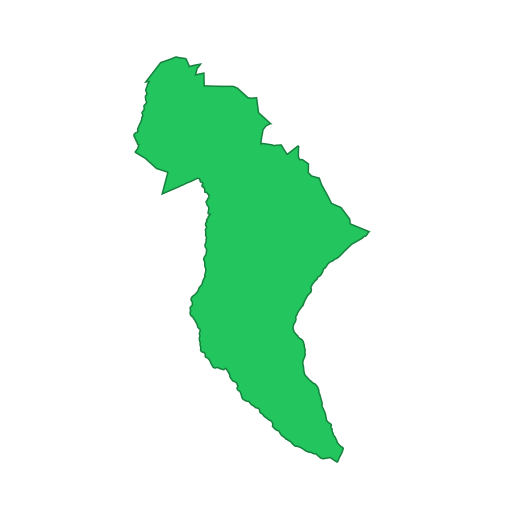 the district of Bulilima, Matabeleland South, Zimbabwe, rotated 228°
{"feature_id": "62879985B39326733261715", "entity_name": "Bulilima", "entity_type": "district", "adm_level": 2, "iso_a3": "ZWE", "parent_name": "Zimbabwe", "parent_adm1": "Matabeleland South", "projection": "robinson", "projection_center": [27.403, -20.155], "detail": "fine", "context": "isolated", "style": "filled", "palette": "green", "viewbox_px": 512, "rotation_deg": 228, "n_neighbors": 0, "source": "geoboundaries", "source_scale": "gbopen_adm2", "svg_char_len": 6102}
<svg xmlns="http://www.w3.org/2000/svg" viewBox="0 0 512 512"><g transform="rotate(228 256 256)"><path d="M413.4,235.8L402.6,239.1L387.7,240.6L377.3,246.5L376.6,245.7L364.9,227.8L358.7,246.2L358.6,247.2L358.1,248.2L356.3,254.1L355.0,257.5L352.9,264.6L351.2,265.8L350.2,265.1L349.4,265.2L348.6,264.4L347.5,264.6L346.4,265.3L345.6,265.3L345.3,264.9L344.7,263.2L343.7,262.5L343.3,262.6L342.9,263.3L342.7,263.4L341.9,262.7L341.2,263.0L340.6,262.9L339.3,262.1L338.7,261.4L337.7,260.7L337.2,260.9L336.5,261.7L335.9,262.0L334.2,261.6L332.9,261.9L332.4,261.2L331.4,260.8L331.2,260.4L330.8,258.4L330.0,256.8L329.9,255.7L329.5,254.9L327.1,254.2L326.4,253.6L325.6,253.8L324.6,253.7L323.1,252.9L322.5,252.3L320.3,249.4L319.7,248.8L319.3,248.9L318.6,249.5L317.7,250.0L317.5,249.4L317.5,248.2L317.3,247.7L317.3,247.1L317.0,246.5L316.3,245.8L316.2,244.5L316.0,243.8L315.7,243.5L315.7,243.3L314.5,242.7L314.4,242.3L314.5,241.5L313.7,240.1L313.1,239.5L312.1,238.8L311.3,239.1L310.8,239.0L309.9,237.7L309.6,236.4L309.4,235.9L307.5,234.8L305.1,232.4L303.2,231.8L302.6,231.4L301.6,229.8L300.0,228.6L298.4,225.4L296.7,224.3L294.6,224.0L293.0,222.9L292.2,221.7L291.3,220.9L290.6,219.9L289.7,216.6L288.6,214.9L288.1,214.6L286.0,213.9L285.1,213.3L282.9,211.3L279.8,209.9L278.7,208.9L277.7,207.6L275.9,204.9L275.6,204.6L274.8,204.5L273.9,201.7L272.5,199.0L271.1,197.0L270.9,196.1L270.6,193.2L270.4,192.4L268.6,189.0L268.6,187.8L268.2,186.1L268.3,183.2L268.5,182.1L268.2,180.1L267.4,178.9L266.7,178.2L265.0,178.0L264.2,177.7L262.2,175.8L261.9,175.1L262.0,173.2L261.6,172.4L259.1,170.7L258.3,169.4L256.9,168.3L256.2,167.9L255.0,167.8L253.6,168.0L253.1,168.3L252.6,168.2L252.1,168.1L251.8,167.9L249.0,167.5L245.8,166.8L243.9,166.1L241.9,165.1L239.9,165.1L238.6,165.3L238.1,164.9L236.2,161.9L235.6,161.5L234.4,161.1L233.9,160.5L233.3,159.4L232.2,158.3L230.8,157.3L228.7,156.5L228.0,155.5L226.8,154.6L225.7,154.3L224.8,153.4L224.1,153.0L223.3,151.9L222.5,151.5L220.7,151.7L218.7,153.0L216.9,152.6L215.3,151.0L214.4,150.9L212.7,151.7L210.6,151.9L207.6,151.3L206.2,150.6L203.6,150.1L202.3,149.7L200.6,150.2L200.2,150.5L199.2,152.5L198.2,153.2L196.2,153.9L194.6,155.1L193.6,155.4L193.1,156.1L192.9,157.8L192.6,158.5L192.0,158.5L190.2,158.0L188.3,157.9L188.3,157.7L186.0,157.2L183.4,155.7L180.6,155.2L178.2,155.3L176.5,156.3L173.9,156.7L173.7,156.6L173.1,155.9L172.1,155.8L171.2,155.4L170.6,153.5L169.4,152.9L168.1,152.8L166.4,153.4L165.0,153.1L163.5,152.6L161.4,151.4L159.2,150.5L158.0,150.6L156.1,151.1L154.0,152.2L152.6,153.2L152.0,153.4L149.8,153.1L148.5,153.2L144.5,154.2L143.6,154.2L140.9,156.0L140.5,156.0L139.5,155.6L136.9,154.3L136.3,154.3L135.5,154.7L134.0,155.1L132.1,154.8L130.4,155.0L128.6,155.4L124.9,156.1L123.4,156.9L121.8,156.8L119.9,156.0L119.5,155.7L118.9,154.7L118.2,154.2L116.7,154.4L115.5,154.2L112.5,154.8L110.9,155.9L108.7,155.5L107.9,155.2L105.3,155.0L102.7,155.6L101.4,155.8L100.1,155.7L99.4,156.1L98.9,156.6L98.0,156.4L94.9,157.5L93.6,157.6L92.7,157.4L92.0,157.4L89.0,157.7L87.9,158.3L86.8,159.5L85.1,160.3L83.7,161.1L77.5,162.7L74.9,164.0L73.4,165.4L70.6,166.5L68.8,168.1L62.5,168.9L61.8,169.6L60.6,169.9L56.5,176.3L48.8,178.2L48.5,179.0L48.7,179.6L50.3,182.6L52.0,187.4L53.1,189.6L54.6,192.1L54.8,192.2L56.0,192.2L57.3,191.7L59.7,191.5L61.6,191.5L63.3,191.7L65.0,192.6L66.6,192.9L67.1,193.2L68.5,193.6L69.6,193.7L70.6,193.7L71.3,193.8L72.5,194.6L74.0,195.0L75.4,195.6L76.1,196.6L76.5,196.8L78.3,196.8L78.8,197.1L79.7,198.7L80.4,199.2L82.4,198.9L83.5,198.4L86.7,198.5L91.8,201.7L93.6,202.5L98.2,204.0L99.8,204.3L100.5,204.8L102.3,206.6L103.1,207.1L111.0,211.0L111.9,211.2L113.1,211.9L114.1,212.8L117.1,214.0L118.7,214.1L119.3,214.3L120.5,214.2L121.4,214.3L123.0,213.5L124.1,213.3L127.1,213.0L128.5,212.6L130.0,212.8L131.2,212.7L132.3,212.8L134.8,212.8L136.2,213.3L138.9,214.9L142.5,217.6L144.5,218.6L146.6,220.7L148.8,225.2L149.7,226.5L151.8,228.0L153.3,229.7L155.7,230.9L157.5,232.2L160.7,233.8L162.0,234.1L163.6,234.1L166.0,233.2L167.4,233.2L169.2,233.6L170.5,233.4L173.7,233.5L174.9,233.9L177.1,234.9L178.8,236.4L180.1,238.8L181.1,241.8L182.6,243.8L184.2,244.6L184.5,245.1L184.6,246.4L185.7,248.5L187.0,252.3L187.9,258.2L188.4,259.0L188.6,259.0L188.8,259.7L189.3,260.5L190.7,263.7L192.1,267.9L192.1,268.7L192.3,269.7L192.4,272.6L192.8,273.2L194.1,274.9L194.6,275.1L195.3,275.1L195.7,275.3L196.7,277.7L197.2,278.3L197.3,279.6L198.1,283.5L197.9,283.7L197.9,285.7L198.7,287.3L198.9,287.8L198.9,288.2L198.4,289.9L198.5,291.5L199.3,294.2L200.0,295.6L200.7,296.6L201.2,297.5L200.8,299.4L200.9,299.9L202.0,303.9L202.1,306.2L201.6,308.4L201.0,309.8L200.9,310.9L201.0,312.2L200.2,314.3L200.0,315.3L199.9,318.0L200.4,325.0L200.7,335.0L198.2,346.5L198.2,349.4L197.6,350.4L197.4,351.4L197.8,353.6L198.3,354.8L198.3,356.4L216.9,347.5L220.6,350.3L235.0,351.6L244.6,347.3L251.7,349.3L265.3,352.5L271.5,355.1L278.3,350.8L282.9,350.6L289.3,356.6L296.5,355.0L298.5,352.9L301.5,354.0L307.9,359.9L308.7,361.0L309.0,360.8L309.7,360.8L310.6,347.2L314.0,347.6L321.7,349.0L325.2,344.5L326.0,343.2L327.8,342.3L335.1,336.3L336.2,334.6L340.8,340.1L344.2,344.6L345.1,345.3L346.0,350.6L344.8,355.2L344.6,355.4L360.8,353.8L373.2,362.3L376.9,357.5L379.1,355.9L392.2,354.6L393.0,354.5L396.8,352.9L397.8,352.1L405.2,343.8L417.1,331.3L426.8,339.7L431.1,332.2L434.7,337.7L435.5,342.4L435.7,343.2L438.7,338.3L441.5,333.1L442.9,333.9L449.3,335.9L449.8,335.8L454.6,331.8L457.5,329.7L459.5,324.1L463.5,314.6L459.1,290.5L457.1,293.4L456.5,291.9L456.2,290.3L455.4,289.3L453.5,285.6L453.1,285.1L452.3,284.6L450.8,284.1L449.4,283.2L448.9,282.6L448.9,281.0L448.1,280.1L445.2,278.2L443.6,277.6L443.0,277.0L442.7,273.5L442.5,273.1L440.4,271.6L439.5,270.5L439.2,268.3L439.0,267.5L438.4,266.8L436.9,266.4L436.0,265.9L435.7,265.6L435.5,264.1L433.8,262.2L432.1,258.8L432.0,258.2L430.2,254.4L429.8,253.3L428.9,252.3L427.7,251.8L427.5,251.6L427.4,250.9L428.1,248.9L428.0,246.9L427.8,246.5L427.2,245.9L426.4,245.4L425.0,245.3L423.8,244.6L422.4,244.4L421.5,243.8L421.1,243.8L420.7,244.2L420.2,244.2L419.3,243.2L418.5,242.9L418.0,242.9L417.4,243.3L417.0,243.3L415.0,240.0L414.1,235.8L413.4,235.8Z" fill="#22c55e" stroke="#15803d" stroke-width="1.5"/></g></svg>